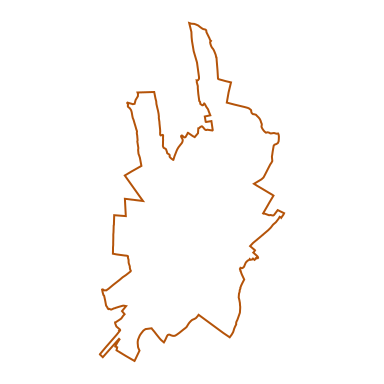 the district of Barlad, Vaslui, Romania
{"feature_id": "2599482B4084623098698", "entity_name": "Barlad", "entity_type": "district", "adm_level": 2, "iso_a3": "ROU", "parent_name": "Romania", "parent_adm1": "Vaslui", "projection": "albers", "projection_center": [27.671, 46.233], "detail": "fine", "context": "isolated", "style": "outline", "palette": "amber", "viewbox_px": 384, "rotation_deg": 0, "n_neighbors": 0, "source": "geoboundaries", "source_scale": "gbopen_adm2", "svg_char_len": 6031}
<svg xmlns="http://www.w3.org/2000/svg" viewBox="0 0 384 384"><path d="M244.2,279.5L243.4,277.8L241.9,274.6L241.3,273.1L240.6,270.8L240.4,270.8L240.2,269.8L239.9,269.0L240.5,267.8L241.8,268.2L242.6,268.0L244.0,266.8L245.4,263.4L246.0,262.3L247.7,260.6L249.4,259.8L249.7,259.1L250.5,259.8L252.4,259.4L253.0,258.6L254.5,259.9L255.9,258.7L255.8,258.2L256.9,257.3L257.8,258.1L258.1,257.8L257.8,256.8L256.9,255.8L253.3,252.6L253.9,252.0L255.0,250.3L250.1,246.1L253.1,242.9L259.5,237.6L266.2,231.9L268.2,230.2L270.8,227.6L273.1,224.6L275.8,222.3L276.3,221.7L278.6,218.7L279.7,216.8L280.9,217.4L281.2,217.8L283.5,214.5L284.1,213.2L277.7,210.1L274.1,214.9L273.4,215.4L273.0,215.5L272.2,215.4L270.6,215.0L269.4,215.2L268.9,215.2L267.6,214.7L264.8,213.7L264.3,213.6L263.7,213.7L263.1,213.4L267.0,206.7L269.5,202.3L273.5,195.6L272.8,195.1L257.0,185.7L254.0,183.8L261.5,179.3L263.5,177.5L264.9,174.9L270.2,164.5L271.5,162.6L272.3,161.0L271.9,156.6L272.2,155.0L272.7,151.4L273.7,145.7L274.5,144.7L276.4,144.0L277.8,143.1L278.6,141.4L278.8,139.3L278.9,136.4L278.6,134.6L278.1,133.5L276.5,133.7L274.0,133.0L271.2,133.4L270.3,133.4L269.4,132.8L268.1,132.4L267.3,132.3L266.0,132.7L265.3,132.2L264.2,131.2L263.4,130.2L262.5,128.9L261.7,127.4L261.5,126.5L261.8,124.7L261.7,123.8L261.1,122.4L260.7,121.0L260.4,120.3L260.0,119.4L259.5,118.6L258.7,117.6L256.8,115.7L256.0,114.8L254.4,114.3L252.9,114.1L252.7,113.9L252.2,113.5L251.6,112.8L251.4,112.2L251.2,111.4L251.2,110.7L251.1,110.2L250.9,109.9L250.4,109.5L249.8,109.1L249.3,108.6L247.8,107.9L244.5,107.0L234.5,104.6L226.8,102.6L228.6,92.3L231.0,82.4L225.5,81.1L222.7,80.3L219.7,79.5L218.4,79.1L218.0,78.6L217.5,70.3L216.7,60.6L216.5,57.5L216.2,57.4L215.8,55.3L215.6,54.6L214.3,51.3L213.6,49.8L212.9,48.7L212.1,47.8L211.4,46.6L211.1,45.9L210.5,44.2L210.2,42.9L210.1,42.0L210.4,41.7L211.0,40.9L210.1,40.1L209.5,38.4L206.5,32.3L206.2,30.3L205.6,29.7L204.8,29.4L203.3,29.1L202.3,28.6L200.2,27.1L198.2,25.5L196.2,24.6L194.3,23.9L191.3,23.7L189.2,23.0L191.4,32.0L191.6,37.1L192.0,41.1L193.7,51.2L197.0,62.5L199.0,77.1L199.0,78.8L198.1,80.1L197.3,80.5L196.7,80.4L196.9,81.1L196.7,81.9L197.8,86.1L197.8,88.2L198.3,93.9L199.2,100.4L199.2,100.9L200.0,101.8L200.4,104.0L202.3,105.3L203.1,105.1L204.2,103.5L204.6,103.8L205.5,105.3L206.2,106.7L208.1,109.4L208.6,111.0L209.6,113.5L210.3,115.3L204.8,116.5L205.7,121.8L206.0,122.0L211.4,121.1L212.5,128.6L212.7,129.6L212.7,130.2L212.4,130.5L207.9,129.8L207.3,129.7L206.5,130.0L205.9,130.0L205.4,129.8L204.7,129.3L203.1,127.3L201.9,126.3L200.4,126.9L199.2,128.1L198.3,128.3L198.0,133.2L194.7,137.1L192.8,136.1L188.0,132.8L187.8,132.8L187.4,133.8L185.5,137.1L185.1,137.3L184.4,137.4L183.7,137.0L183.0,136.3L182.2,135.6L181.7,135.5L181.3,135.8L181.1,136.1L181.1,136.6L181.6,137.6L182.5,139.2L182.7,139.8L182.7,140.7L182.5,141.5L182.1,142.6L181.4,143.6L180.4,144.8L178.4,147.4L177.3,149.3L176.7,150.6L174.5,156.2L173.4,159.8L173.2,159.9L172.8,159.6L171.5,158.7L170.6,157.9L169.8,157.0L169.6,156.6L169.7,155.3L169.5,154.8L169.1,154.4L167.3,153.3L167.1,152.9L167.0,152.1L166.1,149.5L165.9,149.1L165.0,148.5L163.8,147.9L163.5,147.6L163.1,146.6L162.9,145.9L163.0,143.8L163.0,141.5L163.1,139.8L163.0,138.7L163.1,135.5L163.0,135.1L162.6,134.9L160.7,135.4L160.2,134.8L160.1,132.8L160.2,131.8L160.1,129.5L159.5,123.6L159.4,121.9L158.8,117.9L158.9,116.8L158.6,113.9L158.0,110.7L157.3,107.9L156.4,103.9L156.2,101.2L155.5,98.6L154.2,92.0L137.5,92.5L137.6,92.8L138.0,93.7L137.9,96.2L135.6,100.0L134.6,103.8L132.8,104.2L131.7,103.8L128.8,103.0L127.5,102.6L127.2,103.0L128.0,104.4L128.1,104.8L127.8,105.9L127.9,106.5L128.3,107.1L129.4,107.9L129.9,108.4L131.1,110.2L131.3,110.9L131.7,112.2L132.4,116.3L132.8,118.1L133.4,119.4L133.9,121.0L134.4,122.8L135.4,126.1L136.3,129.3L136.8,130.7L137.0,131.6L136.8,132.9L136.9,133.9L137.2,135.5L137.3,136.8L137.6,140.3L137.3,141.3L137.4,142.0L138.3,147.7L138.3,148.7L138.1,149.9L138.5,153.8L139.2,155.6L139.9,157.8L141.4,165.9L132.0,171.2L124.8,175.5L138.6,194.9L143.0,201.0L124.9,198.8L125.8,216.1L114.2,215.2L113.9,225.0L113.7,225.3L113.5,232.2L113.3,234.6L113.3,238.0L113.2,242.7L113.2,244.9L113.0,247.5L113.0,250.2L112.9,253.7L116.5,254.4L124.6,255.5L126.6,255.7L127.4,255.9L127.9,256.2L128.0,256.5L127.9,257.6L128.5,259.6L128.6,260.8L128.6,262.3L128.8,263.4L129.2,264.6L129.8,266.3L129.8,267.4L130.2,269.6L130.8,270.7L130.6,271.4L125.9,275.1L122.6,277.3L119.7,279.8L113.3,284.8L108.4,288.9L107.0,289.8L106.5,290.3L105.2,290.3L104.5,290.4L104.0,290.3L103.2,289.6L102.7,289.4L102.1,289.6L102.6,292.1L103.4,295.0L104.1,295.7L105.1,300.2L106.1,305.6L107.3,307.3L107.4,307.7L108.1,308.9L108.5,309.1L108.9,308.8L109.3,308.9L110.8,309.5L111.5,309.5L113.9,308.4L115.2,308.1L115.5,307.9L119.3,306.7L122.9,305.7L124.0,305.7L126.1,306.1L122.0,311.1L124.6,314.2L123.0,316.0L121.3,318.5L119.3,319.9L115.8,322.2L115.1,322.4L115.2,323.4L115.9,325.3L116.4,326.5L119.8,329.4L120.0,329.8L119.3,330.5L119.8,330.8L116.7,334.7L105.8,347.2L100.0,354.1L99.9,354.4L102.8,357.2L119.0,338.9L119.5,339.4L118.8,340.4L117.1,343.0L115.3,346.5L117.2,347.3L116.5,350.3L125.9,356.0L131.6,359.3L133.4,360.3L134.5,361.0L134.6,360.9L139.5,350.6L138.9,349.3L138.2,347.6L138.0,346.8L137.9,345.3L137.7,343.3L137.7,341.7L138.0,339.8L139.5,336.1L140.0,335.1L141.1,333.5L141.8,332.6L143.4,330.6L145.5,329.1L151.6,328.3L151.9,328.8L154.5,331.9L156.5,334.5L159.8,338.6L161.2,340.1L163.9,342.4L164.5,341.4L165.6,339.2L167.1,335.9L167.8,335.0L168.6,334.7L169.1,334.6L170.0,334.8L170.7,335.2L172.6,335.8L174.0,335.9L175.3,335.6L176.9,334.6L179.4,332.8L183.6,329.4L184.7,328.6L186.5,327.1L188.6,323.7L189.4,322.6L190.9,321.0L192.2,319.9L194.5,318.9L195.9,318.1L197.6,316.2L198.6,314.8L223.2,332.9L229.7,337.3L231.7,334.6L233.1,332.2L233.7,330.4L234.1,328.9L235.1,326.5L236.2,324.4L236.1,323.2L236.4,321.8L237.4,319.8L238.4,317.0L239.9,312.7L240.2,308.0L240.2,306.6L240.0,305.2L239.9,303.0L239.3,299.8L238.7,297.5L239.0,293.6L239.4,292.5L239.7,291.2L239.7,290.2L240.4,288.5L240.3,287.8L240.7,286.9L241.1,285.7L242.4,283.0L244.2,279.5Z" fill="none" stroke="#b45309" stroke-width="2"/></svg>